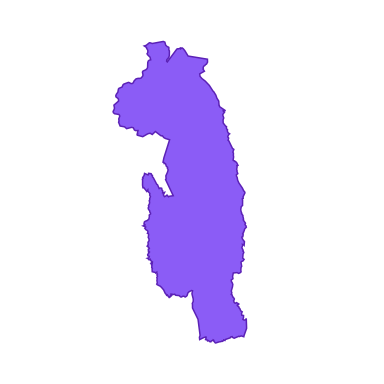 the district of Jilotepec, Veracruz, Mexico, rotated 64°
{"feature_id": "50627088B17060352314255", "entity_name": "Jilotepec", "entity_type": "district", "adm_level": 2, "iso_a3": "MEX", "parent_name": "Mexico", "parent_adm1": "Veracruz", "projection": "orthographic", "projection_center": [-96.915, 19.611], "detail": "fine", "context": "isolated", "style": "filled", "palette": "violet", "viewbox_px": 384, "rotation_deg": 64, "n_neighbors": 0, "source": "geoboundaries", "source_scale": "gbopen_adm2", "svg_char_len": 6077}
<svg xmlns="http://www.w3.org/2000/svg" viewBox="0 0 384 384"><g transform="rotate(64 192 192)"><path d="M227.3,256.5L228.8,259.3L229.7,259.6L230.2,259.5L231.1,258.6L232.2,259.6L232.0,261.2L232.5,260.8L234.2,260.3L234.1,259.0L235.7,259.1L237.3,258.3L237.5,258.8L237.6,258.5L238.0,258.5L238.7,259.0L238.4,260.1L239.6,259.7L239.9,259.9L239.8,260.3L240.7,260.3L242.1,261.3L243.2,261.1L243.4,261.5L246.2,262.7L248.5,260.0L248.8,260.1L248.6,258.8L249.5,259.2L250.7,259.1L251.1,259.9L252.5,259.9L253.6,261.2L254.7,261.3L256.1,262.3L258.6,263.1L259.3,264.1L260.1,263.9L262.8,261.8L264.5,261.2L267.6,260.4L271.2,260.5L272.8,260.1L273.5,259.4L273.9,260.0L275.1,259.0L276.8,258.8L276.9,258.6L276.4,258.0L276.7,257.6L276.3,257.2L276.3,256.8L275.5,256.6L275.0,255.9L275.2,255.7L276.1,255.7L275.6,254.6L275.1,254.8L276.3,253.0L276.3,252.3L277.7,251.9L279.5,248.9L281.2,248.3L281.7,247.7L281.7,245.7L282.3,244.8L283.4,244.2L283.3,242.8L282.9,241.8L280.9,239.9L280.4,238.5L280.3,235.7L281.0,234.8L283.5,236.7L288.7,237.8L289.9,238.4L290.7,238.7L292.4,240.7L293.3,240.9L296.5,242.4L309.1,242.4L324.4,247.6L325.8,249.0L328.0,249.8L328.0,245.1L328.4,243.0L328.8,243.0L329.2,243.6L330.1,243.7L330.6,244.5L331.8,243.2L332.6,243.3L332.6,242.5L334.5,241.5L334.9,240.6L334.4,240.1L334.4,238.6L334.7,238.3L334.2,237.8L334.9,237.4L335.5,237.8L337.9,237.2L338.1,236.8L338.6,233.3L339.2,231.5L339.1,230.3L339.6,230.0L339.3,228.7L338.9,228.4L339.9,227.5L339.2,226.6L339.8,221.7L339.8,221.3L339.4,221.1L339.3,220.2L339.6,219.3L340.3,219.4L341.9,218.2L342.2,213.1L342.7,212.8L342.9,210.9L344.8,208.9L343.9,208.2L338.5,202.7L330.0,198.9L329.8,199.4L330.2,200.1L330.2,200.9L329.4,201.8L328.8,202.1L327.5,200.8L325.6,199.8L324.5,201.3L322.7,200.6L321.7,199.4L320.2,200.3L317.8,200.1L316.6,200.5L315.9,200.2L314.0,201.1L313.3,200.6L313.5,199.3L313.2,199.0L310.9,200.5L311.0,201.8L310.2,202.4L309.5,202.5L307.8,202.2L307.6,201.6L306.7,200.8L304.7,201.0L304.3,201.4L301.8,201.1L301.3,201.6L300.1,200.4L298.2,200.1L295.0,197.2L292.9,195.8L290.7,195.6L290.0,195.9L288.3,195.3L287.9,193.2L285.8,192.6L282.9,190.4L284.2,186.8L285.6,185.8L285.7,184.3L285.3,182.9L283.5,182.3L281.2,180.9L280.6,179.9L276.7,178.8L276.2,178.1L276.3,176.4L275.4,174.7L273.6,175.4L270.0,173.2L269.2,172.0L267.4,171.8L267.2,172.1L266.6,171.6L263.9,171.6L262.0,169.7L261.2,169.6L261.9,168.7L262.7,168.5L259.6,166.6L256.7,167.2L254.7,167.1L254.1,166.4L254.4,165.9L252.8,164.7L251.8,164.8L251.4,163.9L250.8,163.3L250.6,163.4L249.7,162.0L248.7,161.3L248.2,160.6L247.5,158.6L245.9,158.3L245.4,158.6L244.2,158.5L243.5,157.6L239.5,158.2L239.1,157.6L235.7,156.8L235.4,156.5L233.2,157.0L233.0,156.6L230.8,156.4L229.0,155.8L226.7,154.1L226.3,152.5L221.7,150.2L220.2,149.8L220.2,148.8L218.7,148.2L216.0,144.8L214.9,144.6L213.5,145.0L210.5,145.0L204.4,145.9L201.4,145.8L198.6,145.0L197.2,145.1L195.9,144.5L195.6,142.8L192.9,142.5L192.5,142.1L191.2,141.9L189.1,140.4L188.0,140.1L188.2,139.0L185.2,139.0L183.5,139.6L183.3,140.1L182.6,140.2L181.9,141.0L181.4,141.1L178.7,139.2L177.3,138.8L175.2,137.7L174.1,137.8L172.0,135.7L170.6,136.5L162.1,136.5L161.4,136.9L159.6,135.4L158.1,135.7L157.7,135.4L156.4,133.7L156.2,132.7L154.6,133.6L153.3,133.6L152.0,133.2L151.7,132.8L150.4,133.2L149.5,133.0L148.3,132.3L147.6,132.9L143.6,133.7L140.7,132.4L139.4,131.0L136.7,130.7L135.8,130.3L134.5,127.8L133.3,128.4L132.6,128.4L132.3,128.0L133.7,126.2L127.4,129.8L126.1,129.5L125.9,129.7L122.0,128.1L118.6,128.5L115.4,128.1L111.4,128.5L110.5,128.9L103.8,129.7L98.1,131.5L94.5,133.3L91.6,134.1L89.2,133.3L88.9,127.9L86.3,128.2L85.8,127.6L84.8,127.3L84.0,126.1L84.0,125.2L83.4,123.8L83.4,122.9L82.1,121.1L79.4,119.9L68.1,135.9L61.7,136.5L59.3,137.1L58.1,137.8L58.3,139.4L57.5,139.2L57.5,141.1L57.0,142.0L56.9,143.0L64.3,157.2L63.3,157.5L62.1,156.7L61.0,154.2L59.7,152.7L55.4,150.5L53.8,150.4L52.2,149.5L51.6,149.5L50.5,150.5L48.6,151.3L45.4,150.7L44.1,151.8L41.1,162.6L39.4,164.4L39.2,165.0L40.1,168.9L39.8,170.9L42.2,169.5L42.8,169.8L45.3,169.6L47.3,170.6L48.0,171.8L49.0,171.8L52.5,170.6L55.1,171.2L54.8,172.7L55.1,173.9L56.2,175.0L60.7,177.4L61.5,178.5L61.9,180.0L61.8,183.0L62.5,184.0L65.1,184.7L66.0,185.2L67.2,187.5L67.1,188.9L66.2,190.7L65.8,192.7L66.7,195.2L68.1,197.0L68.3,198.1L67.8,199.3L66.1,200.5L65.6,201.1L65.1,206.0L65.4,207.0L67.0,208.8L66.8,212.1L67.2,213.0L69.8,214.9L71.0,217.2L72.2,218.4L73.4,218.6L75.2,217.6L76.3,217.4L78.1,218.2L79.7,224.1L82.6,224.9L83.6,225.7L85.0,227.6L86.2,227.9L87.7,227.3L90.2,223.8L91.2,223.5L92.2,223.7L94.2,225.8L96.2,226.5L97.1,227.4L101.2,227.7L103.9,224.0L106.4,223.0L107.4,218.0L108.5,216.6L111.0,216.6L112.1,215.8L113.1,213.6L115.8,215.8L115.9,215.4L117.0,216.2L120.7,212.0L120.3,206.2L120.8,203.9L122.9,202.5L121.6,198.4L127.2,195.6L128.0,195.1L128.6,193.9L130.4,193.6L131.2,193.2L132.5,192.2L135.2,189.2L149.0,202.3L152.5,205.0L153.2,204.2L154.2,204.6L154.7,203.6L155.2,203.4L157.5,203.8L159.1,203.1L159.6,203.7L161.6,203.7L163.5,205.4L166.0,208.4L168.8,209.5L169.2,210.3L187.1,210.5L186.0,213.9L186.0,215.2L183.8,215.8L184.2,217.6L184.1,218.8L182.0,219.0L180.3,216.8L179.9,218.8L178.1,217.8L177.1,218.1L175.4,217.6L174.8,218.2L174.4,219.2L174.5,220.0L170.3,219.8L169.6,220.3L162.3,220.5L161.1,220.9L159.7,220.3L159.1,220.8L157.6,220.7L156.2,222.8L156.8,223.1L157.4,224.0L154.5,226.5L156.1,227.7L157.4,230.0L158.1,229.9L158.5,230.2L158.7,231.0L160.1,231.4L164.0,233.4L166.5,234.2L166.8,234.2L167.0,233.4L171.7,232.4L170.8,230.8L172.1,231.3L174.8,230.5L176.2,231.4L178.0,231.4L179.3,232.9L180.6,233.5L181.1,234.3L182.5,234.5L184.0,235.5L185.1,237.1L186.5,237.4L187.1,238.4L188.5,238.7L190.5,238.3L191.4,238.7L192.6,238.5L193.5,238.8L194.0,240.6L195.2,241.0L197.3,242.5L198.0,244.6L197.8,247.0L198.1,248.0L199.7,249.2L200.8,248.6L201.2,248.9L201.0,250.8L203.1,249.0L203.7,249.5L203.9,250.3L205.6,250.0L207.0,249.1L207.9,248.9L208.9,249.3L209.6,250.2L210.4,249.5L211.2,249.6L213.7,251.3L215.2,251.2L216.9,251.9L217.9,253.6L220.0,254.4L221.0,256.0L221.6,255.3L222.2,255.6L223.7,255.0L224.1,255.1L224.3,256.4L226.3,257.2L226.6,257.3L226.6,256.7L227.3,256.5Z" fill="#8b5cf6" stroke="#5b21b6" stroke-width="1.5"/></g></svg>